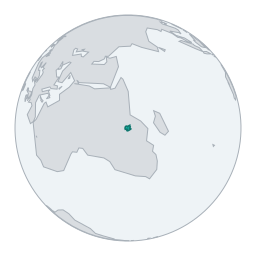 globe centered on Mbeya, rotated 311°
{"feature_id": "TZA-3335", "entity_name": "Mbeya", "entity_type": "Region", "adm_level": 1, "iso_a3": "TZA", "parent_name": "United Republic of Tanzania", "parent_adm1": "", "projection": "orthographic", "projection_center": [33.421, -8.292], "detail": "fine", "context": "on_globe", "style": "filled", "palette": "teal", "viewbox_px": 256, "rotation_deg": 311, "n_neighbors": 0, "source": "natural_earth", "source_scale": "10m", "svg_char_len": 6643}
<svg xmlns="http://www.w3.org/2000/svg" viewBox="0 0 256 256"><g transform="rotate(311 128 128)"><circle cx="128" cy="128" r="113" fill="#eef3f6" stroke="#a8b0b8"/><path d="M15.9,117.0L16.1,118.3L16.2,122.8L16.0,125.9L16.4,126.2L16.5,128.1L20.2,129.0L23.6,132.7L24.5,139.6L23.6,148.3L27.4,165.6L27.1,172.6L30.1,179.6L35.2,190.3L34.6,190.6L37.9,195.0L40.2,198.3L40.7,199.2L43.5,202.5L43.7,202.8L38.4,196.2L33.5,189.3L29.2,182.1L25.4,174.6L22.2,166.8L19.6,158.7L17.6,150.5L16.3,142.2L15.5,133.8L15.4,125.4L15.9,117.0ZM45.0,204.1L45.6,204.8L47.0,206.2L45.0,204.1ZM61.7,219.1L63.6,220.4L65.7,221.8L65.4,221.7L61.7,219.1ZM58.6,216.5L57.3,215.1L58.0,215.5L59.0,216.6L58.6,216.5ZM228.9,77.9L231.0,82.9L230.3,84.0L230.9,85.8L229.1,82.9L229.1,85.7L234.3,98.3L234.9,101.6L233.8,106.3L233.3,103.8L228.6,95.9L229.4,103.5L233.0,111.6L234.4,120.1L232.3,116.5L230.8,109.1L229.1,106.1L228.3,99.2L224.6,88.7L222.5,89.6L221.5,85.7L216.1,76.9L212.3,78.2L207.1,86.8L208.3,96.9L205.7,101.0L197.8,85.4L194.3,75.7L191.4,76.2L183.3,67.8L169.2,66.2L167.3,63.8L164.6,64.8L158.9,62.3L156.0,58.6L152.5,58.7L160.4,68.5L164.1,68.6L167.3,65.0L168.8,68.6L174.3,72.2L168.0,80.6L147.2,88.0L145.3,80.5L130.1,61.2L130.6,59.2L130.4,58.6L128.9,61.9L126.3,58.4L134.3,71.2L135.6,77.1L146.9,88.5L145.8,89.6L149.5,92.1L161.5,89.6L161.5,92.2L155.8,104.1L139.3,121.0L141.6,133.0L140.6,143.4L130.5,150.4L131.7,158.7L126.5,161.8L126.3,166.5L122.3,171.8L115.6,176.9L103.8,177.6L102.9,173.2L96.7,165.0L88.0,145.5L90.7,136.3L89.6,129.5L81.1,115.4L82.9,107.2L80.7,104.0L76.1,105.3L73.6,101.7L70.8,102.0L53.7,107.4L48.7,103.3L43.3,89.8L46.5,83.3L47.5,76.8L70.0,52.7L74.4,53.0L91.7,48.6L93.8,49.1L91.3,53.6L103.9,58.2L108.5,54.2L120.4,56.9L128.6,56.7L132.3,48.4L118.9,48.5L117.0,44.7L128.1,41.3L139.9,42.1L139.6,40.7L132.5,37.4L135.6,35.2L130.1,36.2L132.0,37.6L128.6,38.5L126.7,37.3L127.8,36.4L124.4,35.9L119.7,40.7L121.2,42.6L111.9,43.8L113.5,47.2L110.8,49.0L107.2,44.0L107.8,42.1L100.8,37.5L99.2,39.5L105.8,44.1L103.6,43.8L101.6,47.2L101.3,44.5L94.6,39.5L86.5,41.6L75.5,50.8L70.9,52.3L67.3,51.5L72.0,43.2L81.8,40.9L83.6,38.5L82.2,35.8L85.3,35.5L85.9,34.3L89.6,33.6L95.5,30.3L99.4,29.6L102.3,26.4L104.7,25.8L102.3,27.7L102.7,29.0L112.4,28.2L114.5,27.4L115.6,25.5L118.1,25.8L117.9,24.1L123.8,23.4L116.5,23.0L117.5,21.3L121.4,20.1L120.4,19.7L114.2,21.7L112.8,22.7L113.8,23.6L109.1,26.8L105.6,27.6L105.6,24.4L100.7,25.4L102.8,22.9L118.4,17.9L124.7,17.3L133.7,18.9L132.0,19.6L127.8,19.2L131.1,20.8L131.1,20.0L133.2,20.4L134.8,19.4L136.3,19.6L135.2,18.4L137.3,18.6L138.0,19.4L142.1,18.5L146.6,19.1L146.8,18.8L145.7,18.4L152.2,19.6L152.0,19.4L149.8,18.9L148.1,18.2L147.6,17.6L149.8,18.0L150.3,18.3L154.8,19.8L155.8,20.8L156.6,20.9L156.3,20.2L150.9,18.4L149.9,17.9L152.8,18.7L151.7,18.3L151.9,18.3L154.2,18.7L151.2,17.9L151.0,17.7L159.3,19.8L167.3,22.5L175.2,25.7L182.7,29.6L190.0,33.9L196.9,38.9L203.4,44.3L209.5,50.2L215.1,56.6L220.2,63.3L224.8,70.5L228.9,77.9ZM61.9,63.7L61.1,65.6L61.9,63.7ZM152.3,47.6L159.4,48.5L156.4,43.5L158.9,43.5L157.0,41.9L156.2,43.1L151.5,39.0L154.6,38.1L153.9,36.2L151.4,35.9L146.4,38.5L153.1,44.1L151.4,45.9L152.3,47.6ZM85.8,29.5L86.8,29.9L85.1,31.3L80.2,33.1L82.6,31.0L85.8,29.5ZM88.7,30.2L90.1,27.0L93.2,26.0L91.2,27.0L93.1,26.7L90.5,28.3L92.1,30.9L90.7,32.4L82.4,34.3L85.9,32.8L84.6,32.4L88.7,30.2ZM88.0,23.5L88.7,22.9L94.6,21.5L93.3,22.2L88.3,23.8L86.9,23.9L88.0,23.5ZM106.4,17.5L104.6,17.8L103.7,18.0L100.9,18.7L99.5,19.1L98.9,19.2L97.4,19.8L97.3,19.7L95.1,20.3L96.3,20.1L85.6,23.6L95.9,20.0L106.4,17.5ZM96.5,47.2L98.1,47.3L100.8,46.9L99.6,49.1L96.5,47.2ZM91.7,43.9L93.2,43.4L92.8,46.1L91.1,46.2L91.7,43.9ZM94.5,41.1L93.4,43.2L92.9,42.1L94.5,41.1ZM103.7,27.4L105.4,27.0L105.5,27.4L104.4,28.2L103.7,27.4ZM120.8,15.9L119.7,15.9L120.3,15.8L120.1,15.7L122.5,15.5L123.6,15.6L120.8,15.9ZM129.8,49.8L127.3,51.4L126.1,50.6L127.2,50.2L129.8,49.8ZM112.6,49.9L116.3,50.9L112.2,50.6L112.6,49.9ZM123.4,15.7L123.0,15.6L124.4,15.7L123.4,15.7ZM124.2,15.4L126.0,15.4L122.8,15.5L124.2,15.4ZM171.2,202.9L171.7,204.6L170.1,204.5L171.2,202.9ZM159.9,142.3L152.1,160.7L146.8,160.6L145.8,155.0L148.7,143.8L154.9,140.9L157.9,136.0L159.9,142.3ZM238.7,145.3L238.8,146.6L238.7,147.1L238.7,145.3ZM238.7,142.6L239.0,143.7L238.5,143.6L238.7,142.6ZM239.1,144.1L239.4,144.0L239.5,143.5L239.4,144.6L239.1,144.1ZM238.4,142.1L235.7,138.9L234.3,136.3L234.9,134.6L237.2,137.0L238.4,142.1ZM234.8,134.5L232.3,127.4L226.9,109.7L228.9,110.7L234.1,122.4L233.8,123.8L235.4,129.1L234.8,134.5ZM239.8,129.0L239.5,133.7L238.2,131.6L237.5,130.0L237.1,123.1L237.3,120.2L238.0,121.0L239.1,112.8L239.8,116.3L239.8,120.0L240.3,125.0L239.8,129.0ZM208.8,98.0L211.5,104.7L209.8,105.4L208.8,98.0ZM238.5,106.5L238.8,110.0L238.2,104.9L238.5,106.5ZM237.5,101.5L238.0,103.8L237.4,101.2L237.5,101.5ZM231.9,88.8L231.3,88.7L230.7,87.1L231.2,86.4L231.9,88.8ZM143.3,16.6L140.9,16.7L140.8,17.2L143.2,17.9L138.8,17.2L139.0,16.4L143.3,16.6ZM133.7,15.5L132.8,15.5L131.6,15.4L133.7,15.5ZM222.8,188.9L219.8,190.8L220.2,188.7L222.5,185.6L227.6,174.5L227.7,175.1L230.6,168.1L234.0,164.9L237.0,156.3L234.5,164.8L231.2,173.1L227.3,181.2L222.8,188.9ZM239.0,147.0L238.8,147.8L239.1,146.4L239.0,147.0ZM240.6,126.1L240.5,126.6L240.5,130.0L240.6,129.2L240.5,131.2L240.3,137.0L240.1,138.7L240.4,132.4L240.0,137.9L239.9,137.3L240.1,132.1L240.4,126.7L240.5,124.7L240.6,125.3L240.6,126.1ZM239.7,113.4L239.7,113.6L239.7,113.2L239.7,113.4ZM237.4,101.3L237.2,100.5L235.0,92.8L237.4,101.3Z" fill="#d9dde1" stroke="#a8b0b8" stroke-width="1"/><path d="M129.3,130.4L129.2,130.4L129.0,130.5L129.0,130.8L128.9,130.8L128.9,130.7L128.7,130.6L128.4,130.6L128.2,130.6L127.9,130.5L127.9,130.4L127.7,130.3L127.4,130.4L127.2,130.2L126.9,130.1L126.7,130.1L126.5,129.9L126.3,129.9L126.2,129.9L126.1,129.7L125.7,129.7L125.5,129.4L125.5,129.2L125.4,129.2L125.3,128.9L125.5,128.8L125.7,128.7L125.8,128.5L125.8,128.3L125.8,128.2L126.0,128.0L126.2,127.8L126.3,127.9L126.3,128.0L126.5,128.3L126.7,128.2L126.2,127.6L125.8,127.3L125.3,127.0L125.2,126.9L125.3,126.8L125.3,126.6L125.6,126.4L125.8,126.1L125.8,125.9L126.2,125.7L126.3,125.7L126.6,125.6L126.7,125.4L126.8,125.4L127.0,125.3L127.1,125.2L127.4,125.2L127.5,125.3L128.1,125.3L128.2,125.5L128.3,125.6L128.4,125.8L128.5,125.8L128.5,126.0L128.8,126.2L128.8,126.3L129.0,126.4L129.1,126.5L128.9,126.8L128.8,127.0L129.8,127.1L130.2,127.1L130.3,127.2L130.9,127.3L131.0,127.4L131.2,127.5L130.9,127.7L130.8,127.9L130.8,128.0L130.7,128.0L130.5,128.3L130.6,128.5L130.5,128.8L130.4,128.8L130.2,128.9L130.1,129.0L129.9,129.1L129.6,129.1L129.3,129.1L129.2,129.1L128.9,129.1L128.7,129.4L128.7,129.5L128.8,129.6L128.8,129.8L129.0,130.0L129.2,130.3L129.3,130.3L129.3,130.4Z" fill="#14b8a6" stroke="#0f766e" stroke-width="1.5"/></g></svg>